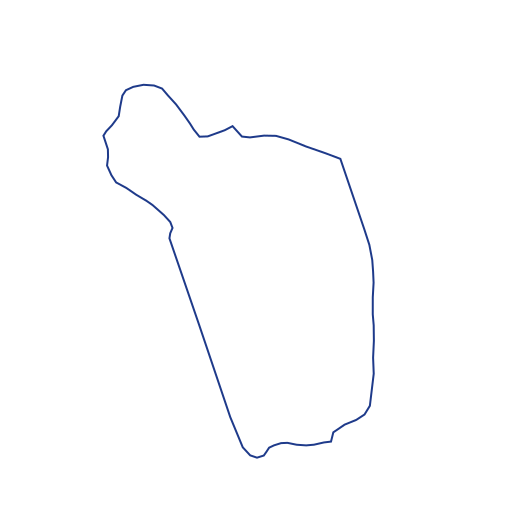 Lèkabi-Lèwolo, Haut-Ogooué, Gabon (Albers equal-area conic projection), rotated 341°
{"feature_id": "22940354B94372756375204", "entity_name": "Lèkabi-Lèwolo", "entity_type": "district", "adm_level": 2, "iso_a3": "GAB", "parent_name": "Gabon", "parent_adm1": "Haut-Ogooué", "projection": "albers", "projection_center": [13.716, -1.334], "detail": "fine", "context": "isolated", "style": "outline", "palette": "blue", "viewbox_px": 512, "rotation_deg": 341, "n_neighbors": 0, "source": "geoboundaries", "source_scale": "gbopen_adm2", "svg_char_len": 1053}
<svg xmlns="http://www.w3.org/2000/svg" viewBox="0 0 512 512"><g transform="rotate(341 256 256)"><path d="M367.4,191.6L355.2,181.5L338.9,168.7L324.8,156.4L314.0,148.9L302.8,144.8L288.9,141.9L281.6,138.5L276.1,125.6L267.4,126.9L249.3,127.2L241.4,124.8L238.3,116.2L236.7,109.3L234.1,100.2L229.8,86.7L224.9,75.3L221.7,67.1L215.1,61.6L205.4,57.5L195.0,56.1L187.0,56.9L181.9,60.8L176.2,70.6L171.7,79.1L162.3,85.5L155.0,89.3L150.9,92.6L150.7,106.9L148.3,114.4L144.6,122.0L145.6,132.6L147.7,140.9L155.6,149.5L162.7,159.1L170.5,168.3L174.8,174.2L182.3,187.4L186.0,196.0L186.2,202.3L182.3,206.6L179.9,211.1L179.8,303.0L179.2,399.9L181.2,432.6L185.6,442.6L191.3,447.0L198.4,447.2L202.0,444.6L206.0,441.5L211.4,440.9L218.8,441.1L224.9,442.9L233.0,447.7L241.8,451.4L249.4,453.3L259.5,454.4L266.5,455.9L271.7,447.9L284.9,444.3L297.5,443.6L307.0,441.2L314.9,434.7L329.0,405.6L333.6,390.3L339.8,374.7L344.7,359.9L347.4,349.2L353.0,333.0L358.5,319.5L361.6,309.0L364.6,297.7L366.8,282.4L367.1,266.1L367.4,191.6Z" fill="none" stroke="#1e3a8a" stroke-width="2"/></g></svg>